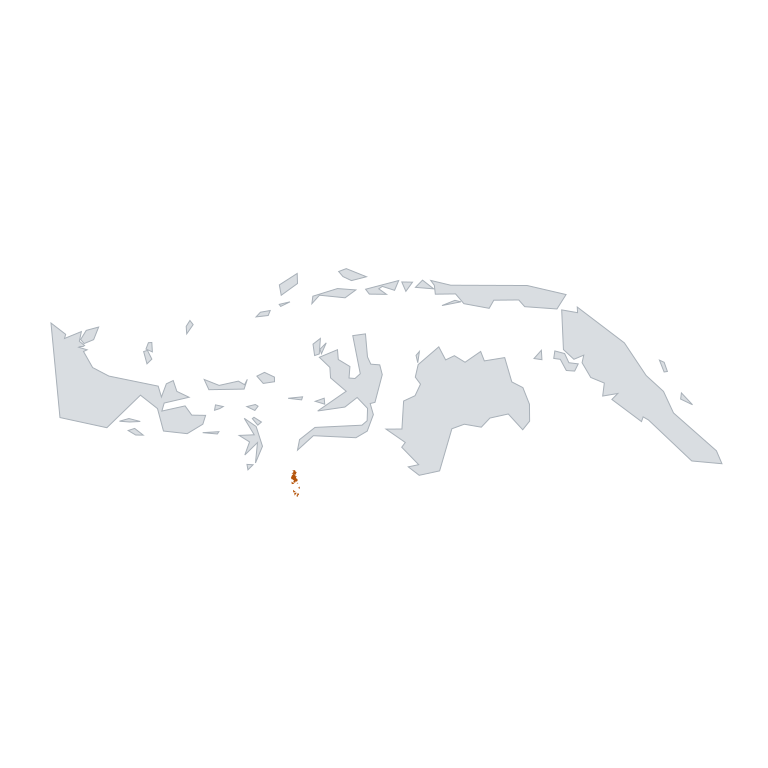 Kepulauan Sangihe, Sulawesi Utara, Indonesia (highlighted), rotated 173°
{"feature_id": "22746128B28296608330436", "entity_name": "Kepulauan Sangihe", "entity_type": "district", "adm_level": 2, "iso_a3": "IDN", "parent_name": "Indonesia", "parent_adm1": "Sulawesi Utara", "projection": "orthographic", "projection_center": [125.547, 3.902], "detail": "fine", "context": "in_parent", "style": "filled", "palette": "amber", "viewbox_px": 768, "rotation_deg": 173, "n_neighbors": 0, "source": "geoboundaries", "source_scale": "gbopen_adm2", "svg_char_len": 6907}
<svg xmlns="http://www.w3.org/2000/svg" viewBox="0 0 768 768"><g transform="rotate(173 384 384)"><path d="M251.9,321.7L264.3,339.1L283.0,337.3L292.7,329.3L309.2,334.3L322.1,331.3L339.4,291.0L360.2,289.1L370.0,298.8L359.4,299.7L374.1,319.1L370.0,323.4L387.5,339.0L371.7,337.1L366.6,364.7L354.6,368.6L347.8,379.4L352.1,387.0L347.7,399.1L325.1,414.2L319.9,400.4L310.7,403.5L300.9,395.7L284.1,404.5L281.6,394.7L261.0,395.5L256.9,370.5L246.6,363.5L242.1,346.2L244.0,329.4L251.9,321.7ZM58.3,263.7L87.9,270.1L125.9,316.1L130.8,319.8L133.0,315.3L159.7,340.9L153.1,346.1L168.4,345.4L165.2,358.1L178.0,365.3L184.8,381.0L182.2,388.3L192.5,385.4L201.7,396.3L198.6,435.9L183.2,431.2L182.8,436.8L140.4,395.5L122.8,360.5L107.5,342.6L100.2,320.0L62.2,277.2L58.3,263.7ZM709.7,390.2L707.1,485.1L693.9,472.1L695.6,468.1L678.0,472.9L681.2,463.5L676.5,458.7L678.2,457.9L681.0,458.2L682.6,457.7L674.5,454.1L678.3,452.9L671.2,435.8L656.1,425.4L608.4,409.4L606.5,398.2L600.0,410.7L592.8,413.1L590.5,401.9L579.1,394.6L604.5,391.9L607.8,384.2L584.1,386.5L578.6,376.5L564.9,374.6L568.7,366.2L585.4,358.7L608.6,364.2L611.8,387.2L627.1,402.6L664.4,374.4L709.7,390.2ZM474.6,339.1L457.8,349.3L410.9,345.8L405.2,349.6L403.3,361.8L412.3,373.9L425.6,365.9L453.1,365.3L422.4,381.4L436.3,396.6L435.7,407.1L444.9,418.4L426.0,423.7L426.4,413.9L415.7,405.5L418.0,394.2L412.1,393.0L406.3,397.1L409.1,435.8L396.3,436.0L397.1,412.9L394.7,405.3L385.9,403.5L384.6,393.5L395.2,366.9L400.1,366.3L398.3,354.9L406.4,339.3L418.4,334.1L460.4,341.3L477.9,328.9L474.6,339.1ZM203.2,437.4L234.9,443.6L240.0,451.0L264.8,453.8L270.4,446.3L294.9,454.0L302.0,464.7L322.1,466.9L322.0,475.8L325.0,481.1L305.7,473.9L229.9,464.3L192.4,450.6L203.2,437.4ZM516.7,341.3L530.8,330.5L524.5,342.9L534.0,350.6L519.0,349.4L526.9,367.0L516.1,357.4L512.2,337.0L521.2,321.3L516.7,341.3ZM523.5,396.0L558.5,399.7L561.9,410.4L547.8,402.7L528.2,404.6L522.5,400.3L519.1,405.3L523.5,396.0ZM443.9,479.8L418.5,484.4L400.5,480.8L412.1,474.3L437.2,480.0L445.8,472.5L443.9,479.8ZM370.6,472.7L387.6,475.0L390.7,480.3L356.8,484.9L362.1,475.7L373.8,481.1L377.6,479.1L370.6,472.7ZM475.2,484.6L475.8,495.1L456.7,504.3L457.6,494.3L475.2,484.6ZM201.4,375.2L206.0,387.0L212.4,388.7L210.4,396.0L201.0,392.2L197.9,382.6L188.8,380.3L193.2,373.6L201.4,375.2ZM673.0,473.5L660.3,475.3L666.8,463.4L676.7,460.7L679.7,465.1L673.0,473.5ZM403.7,490.6L411.6,495.6L415.3,501.2L407.4,503.1L388.4,492.6L403.7,490.6ZM503.8,399.3L509.2,407.3L501.2,410.1L491.9,404.2L492.4,399.6L503.8,399.3ZM323.1,472.4L341.0,476.1L333.1,482.4L323.1,472.4ZM351.0,473.3L353.9,483.1L343.3,481.6L351.0,473.3ZM232.0,391.0L223.7,398.3L224.3,388.9L232.0,391.0ZM616.8,432.9L618.6,445.5L614.7,446.2L611.4,437.0L616.8,432.9ZM316.9,454.8L303.4,458.4L297.6,456.2L316.9,454.8ZM449.4,420.7L449.6,432.2L441.6,437.0L444.6,421.7L449.4,420.7ZM80.3,325.8L91.4,332.9L89.9,338.9L80.3,325.8ZM107.7,374.1L103.3,371.4L101.2,361.9L104.5,361.8L107.7,374.1ZM568.9,470.7L566.2,466.2L573.7,457.8L573.3,465.3L568.9,470.7ZM555.5,354.7L569.9,357.8L553.7,356.8L555.5,354.7ZM467.7,378.3L480.9,381.5L466.4,381.2L467.7,378.3ZM443.3,426.3L436.3,431.9L442.4,421.7L443.3,426.3ZM629.2,362.6L636.6,363.6L643.6,369.0L636.9,370.3L629.2,362.6ZM502.8,466.2L497.9,470.3L488.0,470.8L490.6,466.1L502.8,466.2ZM616.0,447.7L612.8,453.7L609.4,453.5L610.0,444.1L616.0,447.7ZM522.9,378.3L514.2,379.3L511.7,377.3L515.4,373.5L522.9,378.3ZM630.5,376.5L641.1,377.3L651.1,379.3L641.4,380.8L630.5,376.5ZM445.3,371.2L454.3,375.2L445.1,377.2L445.3,371.2ZM529.8,320.9L523.8,319.8L529.5,315.4L529.8,320.9ZM467.3,477.0L477.1,473.6L478.3,475.8L467.3,477.0ZM555.4,378.6L553.8,383.8L546.3,381.2L550.1,379.6L555.4,378.6ZM348.7,408.5L344.9,412.0L347.9,401.0L348.7,408.5ZM514.3,358.5L518.9,365.7L517.1,366.8L510.3,361.2L514.3,358.5Z" fill="#d9dde1" stroke="#a8b0b8" stroke-width="1"/><path d="M483.5,302.4L483.5,302.5L483.4,302.6L483.6,302.5L483.7,302.8L483.7,303.1L483.9,303.0L484.0,303.0L484.0,303.3L484.3,303.4L484.4,303.2L484.6,303.0L484.5,303.3L484.8,303.3L484.9,303.5L485.0,303.6L485.0,303.8L484.9,303.9L485.1,303.9L485.2,304.0L485.3,304.0L485.5,304.0L485.5,303.9L485.4,303.9L485.5,303.7L485.5,303.8L485.6,303.7L485.7,303.9L485.9,303.8L485.9,303.7L486.0,303.7L486.1,303.4L486.3,303.2L486.3,302.9L486.2,302.9L486.2,302.7L486.1,302.4L486.2,302.2L486.0,301.9L486.0,301.7L486.0,301.8L485.9,301.8L486.0,301.9L485.9,301.9L485.7,301.9L485.8,302.0L486.0,302.2L486.1,302.3L486.0,302.2L485.8,302.2L485.7,302.0L485.6,301.9L485.5,301.7L485.4,301.7L485.5,301.6L485.4,301.6L485.3,301.4L485.2,301.4L485.2,301.2L485.1,301.3L485.0,301.2L484.9,301.1L485.0,301.0L484.9,301.0L484.9,300.9L484.7,300.9L484.8,300.7L484.7,300.6L484.9,300.5L485.1,300.5L485.0,300.4L484.9,300.3L485.0,300.3L484.9,300.3L484.8,300.2L484.7,300.3L484.7,300.2L484.8,300.1L484.7,299.9L484.5,299.7L484.3,299.5L484.3,299.4L483.8,298.8L483.5,298.7L483.2,298.7L482.9,298.6L482.6,298.6L482.4,298.8L482.2,299.1L482.2,299.5L482.3,299.7L482.3,299.8L482.4,300.0L482.6,300.1L482.8,300.3L483.2,300.4L483.4,300.5L483.7,300.5L483.8,300.6L483.7,300.6L483.4,300.7L483.5,301.0L483.6,300.9L483.6,301.0L483.7,300.9L483.7,301.0L483.8,301.0L483.7,301.2L483.7,301.4L483.5,301.7L483.5,301.8L483.5,302.0L483.5,302.3L483.4,302.4L483.5,302.4ZM484.1,306.7L484.0,306.8L483.9,306.9L483.9,306.7L483.8,306.8L483.7,306.8L483.8,306.8L483.7,306.9L483.8,306.9L483.9,307.0L483.8,306.9L483.7,307.0L483.8,307.0L483.7,307.1L483.8,307.1L484.0,307.1L484.3,306.9L484.2,306.9L484.3,306.8L484.2,306.8L484.2,306.7L484.1,306.7ZM485.3,297.8L485.2,297.8L484.9,297.8L485.0,298.1L485.2,297.9L485.3,297.8L485.7,297.9L485.3,297.8ZM483.2,305.7L483.0,305.8L482.9,305.8L482.9,306.0L483.0,306.1L483.3,305.9L483.2,305.7ZM484.8,298.1L484.7,298.1L484.5,298.3L484.5,298.5L484.5,298.4L484.8,298.3L484.9,298.2L484.8,298.1ZM484.7,303.5L484.7,303.4L484.6,303.5L484.8,303.7L484.7,303.5ZM485.4,304.1L485.2,304.2L485.3,304.3L485.2,304.4L485.3,304.4L485.3,304.5L485.4,304.4L485.5,304.4L485.4,304.4L485.4,304.2L485.5,304.1L485.4,304.1ZM486.8,302.5L486.8,302.4L486.7,302.5L486.7,302.8L486.8,302.6L486.8,302.5ZM483.7,308.2L483.6,308.3L483.7,308.5L483.7,308.4L483.7,308.5L483.8,308.6L483.7,308.6L483.8,308.4L483.8,308.2L483.7,308.2ZM485.8,301.3L485.6,301.3L485.6,301.5L485.8,301.5L485.8,301.3ZM483.5,283.7L483.3,283.8L483.5,283.8L483.5,283.7L483.5,283.7ZM481.0,291.2L481.0,291.3L481.2,291.2L481.0,291.2ZM483.0,307.3L482.9,307.3L483.0,307.4L483.0,307.3ZM484.9,304.4L484.6,304.5L484.8,304.5L484.9,304.4ZM486.0,301.6L485.9,301.6L486.0,301.7L486.0,301.6ZM485.8,303.9L485.7,303.9L485.7,304.0L485.8,304.0L485.8,303.9ZM482.8,285.1L482.8,284.9L482.7,284.9L482.7,285.1L482.8,285.1ZM482.1,296.1L482.0,295.9L482.0,296.0L482.1,296.1ZM487.2,302.4L487.1,302.5L487.2,302.4ZM486.5,288.2L486.4,288.2L486.5,288.3L486.5,288.2ZM485.6,286.0L485.6,285.9L485.5,286.0L485.6,286.0ZM483.5,308.6L483.4,308.6L483.5,308.6L483.5,308.6ZM487.0,296.6L486.9,296.6L487.0,296.7L487.0,296.6Z" fill="#f59e0b" stroke="#b45309" stroke-width="1.5"/></g></svg>